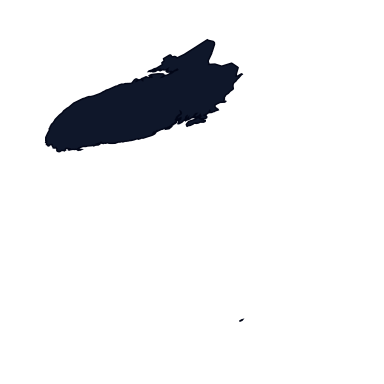 map outline of Murmansk (Robinson projection), rotated 150°
{"feature_id": "RUS-2333", "entity_name": "Murmansk", "entity_type": "Region", "adm_level": 1, "iso_a3": "RUS", "parent_name": "Russia", "parent_adm1": "", "projection": "robinson", "projection_center": [34.347, 73.115], "detail": "fine", "context": "isolated", "style": "filled", "palette": "ink", "viewbox_px": 384, "rotation_deg": 150, "n_neighbors": 0, "source": "natural_earth", "source_scale": "10m", "svg_char_len": 6127}
<svg xmlns="http://www.w3.org/2000/svg" viewBox="0 0 384 384"><g transform="rotate(150 192 192)"><path d="M90.2,269.6L89.8,269.3L89.7,268.9L90.5,268.9L94.5,267.5L96.4,267.1L98.7,266.1L100.9,265.8L101.8,265.3L102.9,264.4L103.9,262.6L104.5,261.0L105.2,260.5L108.7,260.2L111.0,259.4L114.1,259.2L116.9,257.6L117.1,257.4L117.4,256.3L118.3,255.8L118.6,255.2L118.3,254.1L116.9,253.6L118.7,253.5L122.9,255.6L126.7,255.9L128.2,255.8L128.9,255.5L129.4,254.8L129.4,252.8L128.8,252.2L128.7,251.4L128.2,250.8L128.2,250.0L131.1,250.6L132.7,250.6L133.9,251.1L135.0,251.0L136.9,251.9L136.8,252.5L136.2,252.8L136.1,253.3L135.1,254.0L136.0,253.7L138.0,252.3L138.6,252.5L139.2,252.2L143.1,252.5L142.9,252.1L141.4,251.5L141.9,250.8L141.6,249.6L142.3,249.0L143.7,249.0L145.5,249.8L146.5,250.5L146.9,250.6L147.6,250.3L147.5,249.8L145.8,248.6L145.8,248.0L144.8,247.3L145.2,246.7L145.6,246.6L147.0,246.7L150.2,248.6L151.6,248.5L153.6,249.1L154.2,249.5L153.8,249.7L154.1,250.1L155.7,250.5L157.3,250.3L160.3,250.6L162.2,251.4L163.3,251.3L163.5,251.6L163.2,252.7L163.3,253.0L163.1,253.3L162.0,253.9L159.5,254.7L152.8,253.3L151.7,253.5L148.6,253.2L148.5,252.9L148.8,252.1L148.7,251.6L148.3,251.2L147.8,251.1L147.9,252.0L147.6,252.8L146.9,253.1L145.5,253.2L146.9,253.5L147.0,253.9L146.2,254.7L146.2,255.0L147.1,254.5L148.0,254.3L150.4,254.8L152.2,254.6L152.7,255.0L152.0,255.6L153.7,256.0L153.5,256.3L152.4,256.3L151.6,257.0L148.9,257.7L149.6,258.0L150.4,257.8L152.4,257.1L153.0,256.5L154.1,256.6L154.3,256.2L155.3,256.7L156.6,256.3L159.9,256.8L158.2,257.6L157.8,258.2L159.8,257.2L162.7,256.9L159.3,259.2L158.3,260.5L158.6,260.5L159.8,260.2L160.7,258.9L161.2,258.6L166.3,257.4L167.0,257.7L168.3,257.5L169.5,257.9L169.2,258.4L167.8,259.0L169.1,258.9L167.2,260.4L165.4,260.7L165.0,261.2L166.1,260.9L168.3,260.8L168.8,261.2L166.3,261.8L166.0,262.0L167.7,262.0L167.7,262.4L169.3,262.1L169.8,262.4L169.3,263.0L166.3,264.3L162.3,265.1L161.7,265.6L161.6,266.0L161.5,267.3L161.7,267.7L162.3,265.6L163.1,265.2L164.8,265.2L168.0,264.6L168.4,263.9L170.1,263.0L170.3,262.6L170.1,261.7L170.3,261.5L170.1,261.2L170.2,260.5L171.0,260.0L172.6,259.8L172.9,260.1L172.6,260.5L173.5,260.2L174.9,260.3L174.6,259.7L183.4,260.3L183.3,260.7L183.8,260.9L186.3,261.2L187.2,261.6L192.1,262.0L191.7,262.7L192.0,262.8L192.9,262.2L193.8,262.1L194.6,262.3L194.7,262.8L195.1,263.0L196.5,262.3L196.2,261.9L194.7,261.2L195.2,261.0L197.5,261.0L207.4,263.1L208.8,264.1L209.5,264.0L211.9,264.5L212.2,264.7L212.1,265.2L212.9,265.6L216.1,266.2L219.4,267.2L219.9,267.7L221.1,267.9L223.8,269.0L224.3,269.4L226.9,270.0L227.5,270.8L229.2,271.2L230.8,272.1L234.3,272.7L238.6,275.1L240.1,276.3L240.5,277.0L242.2,277.3L242.7,277.6L242.9,278.0L244.7,278.4L245.0,278.9L245.7,279.3L245.7,280.5L246.2,280.6L246.5,280.1L250.8,281.5L251.6,281.5L247.6,280.0L247.6,279.8L248.0,279.7L248.8,280.1L249.2,280.0L248.9,279.6L249.6,279.6L252.0,280.8L254.1,281.1L254.5,281.6L254.2,281.8L254.6,282.1L255.9,282.4L259.4,284.1L261.1,284.5L263.7,286.0L267.1,286.6L269.0,286.6L269.1,286.4L267.9,285.1L266.6,284.1L267.9,284.2L269.1,284.9L269.8,285.0L270.3,286.2L271.3,287.2L272.2,287.4L273.7,288.5L276.0,289.4L276.2,289.6L276.9,289.5L277.9,290.2L278.0,290.4L277.8,290.7L276.5,290.8L277.6,291.8L278.9,292.6L279.5,292.8L280.0,292.7L280.5,292.1L280.4,291.6L281.8,291.5L282.1,291.5L282.3,292.1L284.2,293.2L286.1,293.1L286.8,293.3L287.6,293.9L288.3,294.8L288.3,295.5L287.4,296.7L287.8,297.3L287.6,298.7L289.0,298.8L290.1,299.6L289.9,300.4L289.9,302.0L289.6,303.1L290.1,303.5L291.8,304.0L292.8,303.5L293.3,303.7L293.7,304.2L293.3,305.1L294.3,305.8L294.2,306.1L293.5,306.6L293.6,307.4L293.9,308.1L293.4,308.4L292.6,308.4L292.5,308.6L293.1,309.2L293.1,309.4L291.3,312.4L287.3,315.2L284.6,316.8L284.2,317.3L284.2,317.9L284.0,318.2L282.4,318.9L281.9,319.7L280.9,320.0L280.0,320.8L277.8,321.3L275.5,322.4L274.3,323.2L268.3,324.9L264.5,325.5L262.6,326.4L258.1,327.0L256.6,326.9L250.0,328.1L239.8,327.4L238.1,326.9L235.5,326.6L233.7,326.2L231.9,325.2L229.3,324.4L223.0,323.3L220.8,323.1L219.0,323.2L217.2,323.0L215.3,323.1L213.2,322.5L205.1,321.7L203.5,321.1L201.7,321.2L198.8,320.5L197.8,319.7L195.6,319.2L190.9,316.7L189.6,316.4L185.8,317.9L184.4,318.0L183.7,317.8L182.4,316.1L183.0,315.8L184.8,315.9L185.1,315.7L184.6,315.5L184.2,315.8L180.1,315.2L179.5,314.9L178.8,315.3L178.2,315.2L178.8,314.7L179.3,313.9L179.2,313.3L179.0,313.1L178.5,314.1L177.8,314.6L175.9,315.0L174.9,314.3L174.7,314.3L174.5,314.8L174.1,314.7L173.0,313.3L171.5,312.4L171.0,312.5L170.2,311.9L170.2,312.2L170.4,312.8L169.1,311.9L169.1,312.5L170.8,313.6L169.1,312.9L169.9,313.8L168.6,313.2L169.7,314.1L168.5,314.0L162.4,311.4L158.3,308.9L157.7,308.2L157.7,307.4L157.9,307.1L160.4,306.5L159.7,306.3L157.2,306.5L155.1,305.6L152.2,305.6L151.1,305.1L146.1,305.5L143.6,304.9L142.6,305.2L143.8,305.2L143.6,305.8L146.4,305.9L148.2,305.6L149.1,305.8L150.6,306.9L149.6,306.8L149.9,307.1L151.6,307.3L152.9,307.8L153.7,308.4L153.7,308.9L153.0,309.5L151.1,309.4L152.8,309.8L152.5,309.9L152.5,310.3L151.6,310.8L153.6,310.8L155.6,312.0L155.5,312.4L156.1,312.6L159.0,312.9L159.7,313.8L157.1,313.8L160.4,314.8L163.7,314.8L165.7,315.6L165.9,315.8L165.8,316.1L163.2,315.6L162.7,315.7L162.2,316.5L161.3,316.9L159.7,316.7L158.6,316.8L158.9,317.0L154.2,317.1L153.8,317.3L153.6,318.6L153.4,319.0L150.5,319.5L150.1,321.6L149.9,321.7L143.1,321.8L142.4,321.6L142.0,321.2L141.8,319.5L141.5,318.9L139.2,318.0L138.4,317.2L138.1,315.9L137.7,315.6L130.0,315.0L102.6,316.2L102.0,315.1L98.4,311.8L97.9,310.3L98.7,308.6L104.2,303.6L105.2,302.9L105.7,302.2L112.1,297.8L112.9,296.5L113.2,294.6L113.7,294.1L108.2,291.3L103.4,286.1L93.4,283.8L93.0,283.3L90.1,277.4L89.9,276.6L94.3,272.4L95.8,270.2L94.7,269.6L90.2,269.6ZM176.6,258.9L180.2,258.3L183.2,259.5L182.8,259.7L177.3,259.4L176.5,259.1L176.6,258.9ZM161.5,317.2L162.4,317.2L162.2,317.0L162.4,316.8L164.0,316.7L164.3,316.6L164.3,316.4L164.9,316.3L167.5,316.9L168.2,317.6L169.3,318.1L168.7,318.3L163.8,317.2L163.2,317.3L163.7,317.6L163.4,317.6L161.5,317.2ZM212.1,56.2L212.9,55.9L215.6,56.3L214.7,56.4L212.8,56.4L212.1,56.2ZM150.6,305.5L151.4,305.9L151.2,306.3L150.3,305.8L150.6,305.5Z" fill="#0f172a" stroke="#020617" stroke-width="1.5"/></g></svg>